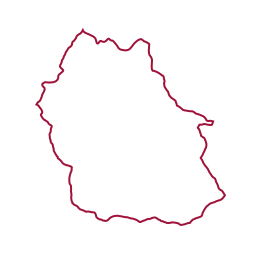 Lumang, Tashigang, Bhutan (Albers equal-area conic projection), rotated 173°
{"feature_id": "84629894B76978626004749", "entity_name": "Lumang", "entity_type": "district", "adm_level": 2, "iso_a3": "BTN", "parent_name": "Bhutan", "parent_adm1": "Tashigang", "projection": "albers", "projection_center": [91.532, 27.126], "detail": "fine", "context": "isolated", "style": "outline", "palette": "rose", "viewbox_px": 256, "rotation_deg": 173, "n_neighbors": 0, "source": "geoboundaries", "source_scale": "gbopen_adm2", "svg_char_len": 5790}
<svg xmlns="http://www.w3.org/2000/svg" viewBox="0 0 256 256"><g transform="rotate(173 128 128)"><path d="M40.0,49.5L42.0,53.7L42.5,54.4L43.7,55.2L44.5,55.9L44.9,56.5L45.3,57.1L46.1,61.2L47.0,63.4L47.5,66.2L47.9,67.3L49.7,68.9L50.4,69.8L51.5,72.1L52.5,74.0L52.8,74.9L53.8,77.7L54.7,79.2L55.3,80.2L56.2,81.5L57.0,83.2L57.7,84.6L57.9,85.9L58.4,87.2L59.5,89.5L58.2,91.0L57.1,92.4L56.7,93.2L56.3,93.9L55.8,94.5L55.1,95.7L54.6,96.3L54.4,97.1L53.3,98.5L52.9,99.2L52.4,100.7L52.2,102.1L52.1,102.7L52.2,103.2L52.4,104.9L52.6,105.8L52.8,106.4L53.3,108.3L53.8,109.0L54.5,109.6L55.4,110.3L55.8,110.7L56.4,111.4L56.5,112.1L56.6,113.4L56.9,114.5L57.0,115.4L57.3,117.0L57.6,118.2L58.3,119.0L58.7,119.7L57.2,122.0L56.3,122.6L54.4,122.3L52.3,122.7L51.0,122.5L48.9,121.7L46.2,121.0L44.5,120.9L43.7,122.0L42.7,124.2L45.2,125.1L47.9,125.2L49.1,126.0L49.8,127.9L50.9,129.6L52.3,130.7L53.5,131.4L55.3,132.5L57.4,133.5L59.0,134.1L60.6,135.8L62.0,136.7L64.5,137.1L66.3,137.6L68.4,138.3L69.8,138.6L71.5,139.5L72.9,141.2L75.0,143.2L76.7,144.3L76.9,146.1L77.6,149.3L78.9,150.6L81.4,152.8L83.0,155.2L83.5,157.0L83.7,158.9L85.1,161.2L86.3,163.7L86.7,164.8L86.8,168.1L86.4,168.6L86.2,169.1L86.1,169.6L86.1,170.2L86.0,171.0L86.2,171.7L86.2,172.2L86.3,173.0L86.3,173.5L86.4,174.3L86.6,175.1L87.2,175.8L88.1,176.2L88.8,177.1L90.9,179.0L91.8,179.5L92.4,180.0L93.2,180.5L94.1,180.9L95.0,181.6L95.5,181.6L96.5,181.8L97.0,183.0L97.1,184.1L96.9,187.1L96.6,188.3L96.3,190.2L95.9,192.1L95.9,193.3L96.4,195.4L97.8,198.0L98.0,199.6L98.0,201.2L97.9,202.8L97.5,204.4L97.0,207.0L96.7,208.5L96.9,209.1L97.9,209.8L99.1,210.9L100.6,211.7L101.3,211.9L101.8,212.6L102.9,213.5L103.3,214.0L104.4,214.7L105.4,214.5L106.0,214.3L106.7,214.2L107.5,213.8L108.6,213.2L110.3,212.1L111.7,211.0L114.3,208.3L115.6,207.1L117.0,206.0L118.5,205.5L120.2,205.3L121.7,205.5L123.6,206.0L125.9,206.8L127.5,208.2L128.3,210.0L129.5,212.2L130.9,214.4L132.0,215.9L132.6,216.6L134.0,216.9L134.8,217.5L135.9,218.8L136.7,219.0L137.2,218.7L137.8,218.4L138.1,218.0L139.2,217.2L140.5,216.5L141.3,216.4L142.2,216.6L142.9,216.9L144.3,217.7L145.1,217.7L145.8,217.1L146.5,216.3L147.2,215.7L148.0,215.6L148.4,215.9L148.8,216.9L148.9,217.9L149.3,220.2L149.6,221.0L150.0,221.6L150.6,222.4L151.5,223.2L154.6,225.2L155.8,226.0L157.3,226.8L158.8,227.7L159.8,228.6L160.5,229.3L160.9,230.7L162.1,229.0L163.8,227.5L165.0,227.1L166.7,226.2L167.9,225.2L168.2,224.5L168.7,223.6L169.2,223.0L170.0,222.2L170.7,221.4L171.3,220.9L172.2,220.5L172.6,220.1L172.9,219.5L173.2,218.7L173.4,217.8L174.0,216.7L175.8,215.3L176.9,214.9L177.4,214.5L178.4,213.2L179.3,212.1L180.1,211.3L180.8,210.2L181.2,209.4L181.4,208.9L181.8,208.3L182.2,207.7L182.7,207.3L183.1,206.7L183.2,206.0L183.5,205.5L184.2,204.4L185.2,203.4L185.5,202.5L185.9,201.3L186.4,200.4L186.8,199.7L187.6,198.7L188.0,197.7L187.9,197.0L187.4,196.0L186.1,194.5L185.4,193.5L185.3,192.9L185.6,192.4L186.7,191.5L188.0,190.7L188.6,190.2L190.1,189.3L190.7,188.6L190.9,187.8L191.2,186.1L191.5,185.3L192.5,184.2L193.6,183.4L194.8,182.9L196.4,182.6L197.6,182.6L200.8,182.7L202.6,183.1L204.2,183.5L205.2,183.4L206.2,183.0L207.1,182.5L207.7,182.0L207.8,181.4L207.8,180.5L207.5,179.9L207.1,179.3L206.4,178.5L206.0,177.9L206.0,176.5L206.3,175.8L206.9,174.6L208.8,171.9L209.3,171.0L210.1,168.9L210.6,168.2L211.2,167.1L211.7,166.3L212.3,165.6L213.1,165.1L213.9,164.8L214.4,164.4L215.5,163.1L216.0,162.4L214.9,161.8L214.2,161.2L213.7,160.2L212.6,158.3L212.0,157.4L211.6,156.4L211.2,154.8L211.2,154.1L211.7,153.0L212.5,152.4L212.9,151.5L212.7,150.8L211.5,148.1L210.5,146.7L210.0,146.4L208.3,144.9L207.4,144.2L207.0,143.8L206.3,142.1L205.4,141.1L204.9,140.6L204.0,140.0L203.5,139.4L203.6,138.4L204.1,137.6L204.8,136.1L204.9,135.3L205.1,134.1L205.3,133.6L205.6,133.0L206.4,132.0L206.7,130.9L206.7,128.9L206.8,127.9L206.7,126.6L206.3,125.1L206.4,124.4L206.3,123.3L205.9,122.6L205.6,122.0L205.0,121.3L204.7,120.1L204.7,118.4L204.4,117.4L204.3,116.8L204.5,115.9L204.3,114.1L203.3,111.6L202.3,109.2L201.3,108.0L201.5,106.8L199.9,105.1L199.0,104.2L198.2,103.0L197.5,101.7L196.9,100.8L195.5,99.7L193.8,98.6L192.4,98.3L191.1,97.6L190.3,97.1L189.3,96.8L188.7,96.2L188.6,95.6L188.9,94.6L189.0,93.7L189.2,92.7L189.6,91.7L190.0,91.3L190.5,90.5L190.7,89.5L191.4,88.4L191.7,87.3L191.9,86.8L192.1,86.2L192.4,85.0L192.7,82.0L192.7,80.3L192.6,79.7L191.8,78.0L191.7,77.3L191.9,74.3L192.3,72.5L192.3,71.0L192.2,70.4L192.4,67.6L192.7,66.6L192.9,65.5L192.9,63.8L192.8,62.4L192.6,61.7L192.2,61.0L192.4,60.3L191.8,59.7L190.9,58.5L188.1,56.7L187.2,55.5L186.6,54.4L185.4,53.1L181.9,51.4L179.9,50.0L177.7,50.0L176.4,49.6L174.5,48.9L172.4,48.5L171.3,47.9L170.5,46.0L170.4,44.6L170.1,43.2L169.1,42.1L167.8,41.0L166.3,40.5L165.2,40.2L164.4,39.3L162.9,39.0L162.0,38.5L161.3,38.5L159.6,38.8L158.1,39.8L157.5,40.5L156.2,41.2L154.9,41.7L154.1,42.0L153.0,42.2L150.6,42.3L148.3,42.0L147.7,41.8L146.8,41.5L145.3,41.1L143.3,40.4L142.0,39.9L140.8,39.7L139.8,39.6L136.6,38.1L135.7,37.8L134.3,37.5L133.5,37.2L133.1,36.9L132.6,36.6L132.0,36.4L130.7,35.7L130.1,35.3L129.1,34.3L127.9,33.3L127.1,33.2L126.0,33.5L123.8,34.2L122.7,34.2L121.7,34.6L120.3,35.1L119.3,35.2L118.3,35.1L116.7,35.2L116.1,35.4L115.1,35.8L112.5,36.0L111.6,35.7L110.4,34.9L109.6,34.1L109.1,33.6L108.5,33.2L107.6,32.9L107.2,32.5L106.7,31.8L105.7,31.3L105.1,31.3L104.6,31.0L103.5,30.2L102.6,30.0L101.6,29.4L101.0,29.0L100.3,28.8L99.5,28.7L98.8,28.7L97.9,28.7L97.3,28.9L96.5,28.8L95.3,28.9L94.2,28.7L93.1,28.4L89.8,27.3L89.2,26.8L88.5,26.0L87.9,25.6L86.8,25.3L83.6,25.5L80.6,26.2L79.7,26.3L79.1,26.2L78.0,26.3L77.2,27.2L75.5,28.7L74.5,29.3L73.4,29.5L71.5,30.2L68.9,30.6L65.9,31.4L64.8,33.1L64.2,34.8L62.1,37.7L61.2,38.8L59.4,40.7L58.1,41.4L57.0,42.2L55.3,43.1L54.4,43.3L50.9,43.9L49.7,44.4L48.7,44.7L46.9,45.0L45.2,45.3L44.2,45.7L43.1,46.3L42.3,47.0L40.5,48.8L40.0,49.5Z" fill="none" stroke="#9f1239" stroke-width="2"/></g></svg>